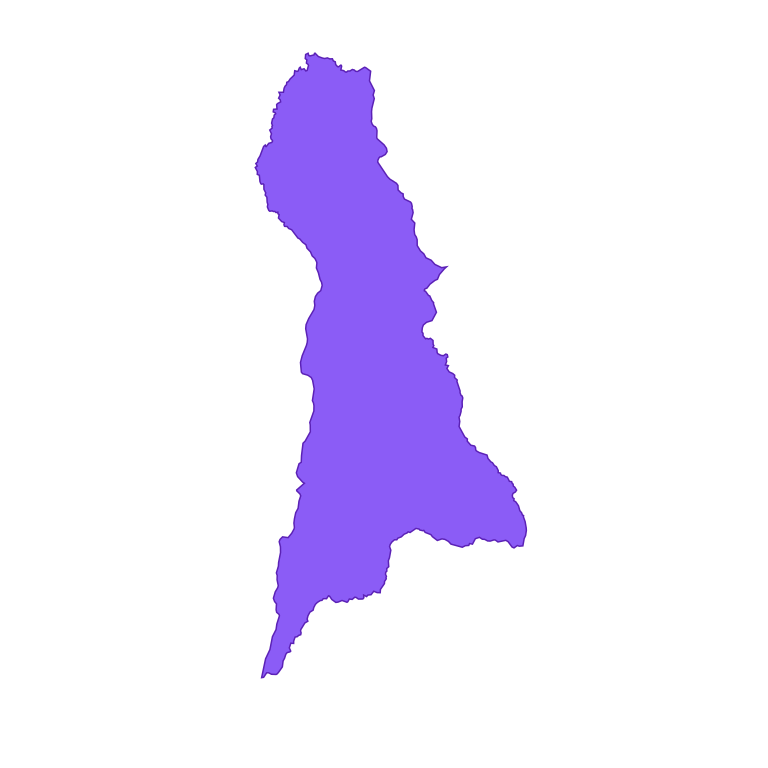 the district of Villa Gómez, Cundinamarca, Colombia, rotated 11°
{"feature_id": "7082276B48238544943063", "entity_name": "Villa Gómez", "entity_type": "district", "adm_level": 2, "iso_a3": "COL", "parent_name": "Colombia", "parent_adm1": "Cundinamarca", "projection": "natural_earth1", "projection_center": [-74.187, 5.267], "detail": "fine", "context": "isolated", "style": "filled", "palette": "violet", "viewbox_px": 768, "rotation_deg": 11, "n_neighbors": 0, "source": "geoboundaries", "source_scale": "gbopen_adm2", "svg_char_len": 6119}
<svg xmlns="http://www.w3.org/2000/svg" viewBox="0 0 768 768"><g transform="rotate(11 384 384)"><path d="M551.2,516.4L551.1,509.0L551.9,505.8L551.7,500.6L551.0,498.0L548.8,492.2L546.2,487.8L546.1,486.5L544.9,486.2L543.6,484.1L541.5,482.4L539.2,477.8L535.8,474.5L533.6,473.7L533.6,471.8L531.9,470.9L531.2,468.6L531.5,466.8L533.6,464.9L534.4,462.9L532.0,460.3L530.5,459.6L529.8,457.6L528.9,457.2L527.9,455.5L525.7,455.6L522.8,451.9L520.8,451.8L519.2,450.9L517.3,451.2L516.0,450.6L515.3,449.2L513.0,449.2L512.7,447.2L510.1,443.8L507.9,443.0L505.5,440.6L503.7,440.0L500.3,437.3L498.7,434.1L490.5,433.1L487.4,432.0L486.6,431.1L485.9,428.8L484.7,427.6L480.9,427.5L476.6,424.2L476.3,422.0L473.4,420.6L465.8,411.4L465.5,406.3L464.0,402.3L464.6,400.4L464.9,396.3L464.5,394.0L465.2,391.5L464.1,386.6L464.0,382.7L463.0,380.9L461.7,380.3L460.3,378.0L460.0,376.3L455.1,367.6L455.1,366.1L452.0,364.2L451.7,361.9L449.5,360.6L445.7,359.7L442.8,356.8L443.7,353.7L440.6,353.6L441.2,349.9L440.1,346.8L441.5,345.3L440.5,343.1L439.0,342.8L436.9,344.9L434.4,345.0L431.1,344.0L430.2,343.1L429.2,339.6L425.0,338.8L425.6,336.7L424.7,335.8L423.8,331.9L420.8,330.3L419.1,331.4L417.4,331.0L416.2,331.7L413.1,329.1L412.6,326.7L411.5,325.9L411.2,324.8L410.9,321.3L411.4,318.5L414.0,315.3L419.0,312.6L421.8,303.6L417.3,295.9L417.2,294.7L415.0,292.9L412.1,288.8L410.8,288.6L407.1,285.1L405.8,284.8L405.7,283.7L406.2,282.6L407.8,281.8L410.1,277.2L414.3,272.5L416.5,271.0L417.5,266.0L421.2,259.5L423.0,257.1L418.4,258.8L411.1,256.9L406.7,253.5L401.1,252.1L398.2,248.6L394.4,246.4L390.2,241.8L389.0,236.0L387.6,233.5L385.6,231.4L384.1,226.9L383.5,220.1L379.4,217.1L379.9,210.3L378.7,207.1L378.0,206.6L377.8,204.3L376.5,201.4L375.3,200.3L368.8,198.6L367.1,196.3L366.5,193.7L364.2,193.1L360.8,190.8L359.8,186.4L357.9,184.6L350.7,181.8L347.8,179.8L335.5,167.4L335.3,165.4L335.9,163.0L336.7,161.8L337.9,161.5L341.5,158.4L342.7,155.3L341.4,152.1L338.4,149.2L330.4,144.5L329.8,143.3L328.8,136.7L327.8,134.5L326.5,133.2L324.4,132.7L322.6,130.9L321.3,128.5L321.4,126.0L319.8,119.0L319.5,115.6L320.0,105.7L318.2,102.4L318.6,97.8L311.9,89.2L311.2,79.5L305.6,76.9L304.4,76.8L298.5,82.2L296.4,82.5L295.1,81.5L292.9,81.3L290.9,83.2L288.7,83.7L287.8,84.9L286.6,85.1L284.7,84.1L281.7,84.0L281.8,80.3L281.3,79.3L280.6,79.3L278.9,81.3L277.8,81.3L275.6,79.6L274.7,77.0L272.6,76.5L271.3,74.6L268.8,75.2L266.2,74.7L263.7,75.8L261.6,75.8L257.1,75.1L253.2,72.4L252.7,72.7L252.5,74.3L248.9,76.0L247.6,76.0L246.4,73.8L244.2,75.5L244.6,79.6L246.4,80.5L246.6,83.8L248.5,84.8L249.1,85.7L248.7,90.9L247.5,91.6L245.4,89.8L242.8,91.2L241.3,89.0L240.6,89.9L240.0,93.1L239.1,93.7L236.6,93.5L236.9,97.9L233.7,102.4L232.5,105.4L231.0,106.4L231.2,108.8L230.1,110.4L229.5,112.7L229.6,116.8L225.2,117.7L226.9,120.1L226.0,123.6L227.9,124.8L228.7,126.8L225.9,129.1L225.3,130.3L226.5,134.5L223.2,135.4L223.3,138.0L225.5,138.5L226.1,139.4L224.9,141.0L225.1,143.7L224.0,145.1L223.9,149.4L225.2,151.5L224.8,152.4L225.4,154.1L223.4,156.5L225.8,159.9L225.5,162.9L226.3,164.9L228.1,166.3L228.2,167.3L227.6,168.4L225.0,169.7L223.1,173.4L222.6,173.4L221.8,172.1L220.5,173.8L218.8,183.8L217.4,187.6L217.5,190.2L216.1,192.0L218.0,194.2L216.3,196.0L219.2,199.6L219.6,202.4L221.8,202.9L223.6,208.9L224.9,210.9L225.6,211.2L227.2,210.6L228.0,211.1L229.0,215.8L231.4,218.9L231.3,221.2L233.4,223.0L234.6,227.8L235.7,229.9L235.7,232.4L237.8,235.6L238.9,236.2L241.2,235.4L242.5,235.8L243.9,235.4L245.3,236.3L247.0,235.6L247.4,237.1L248.7,237.7L248.7,241.2L252.6,244.1L255.4,244.5L255.4,246.8L256.3,248.2L259.0,247.9L260.7,249.5L263.9,250.2L271.7,257.2L273.5,257.6L277.2,260.5L280.8,262.2L282.5,265.4L286.6,268.3L289.1,272.0L292.2,273.9L294.3,276.6L295.0,277.9L295.5,283.0L298.4,287.4L301.3,293.6L303.2,295.9L304.5,299.0L304.1,304.4L301.5,307.5L300.0,311.2L299.8,316.1L301.1,320.1L301.1,324.2L297.6,334.1L296.2,340.6L296.6,344.7L300.3,354.3L300.7,357.8L300.5,360.9L298.3,371.9L297.9,378.8L300.6,388.1L302.1,389.4L307.5,389.9L311.3,391.5L313.2,394.0L316.4,402.1L316.9,414.0L318.4,416.1L319.4,418.7L320.3,423.9L318.5,435.9L319.4,438.2L320.8,445.0L317.5,455.1L315.8,457.6L316.7,470.0L317.7,476.6L315.8,478.5L314.9,487.9L316.9,491.4L322.8,495.8L324.8,496.6L318.5,504.7L318.7,505.5L322.5,508.0L323.6,509.7L322.9,515.2L323.4,522.4L321.9,527.2L321.8,533.4L322.1,537.7L323.4,541.8L323.4,543.4L321.9,548.1L319.2,553.1L313.6,553.4L311.6,556.4L311.2,558.8L313.4,563.5L314.6,569.2L314.6,579.4L315.1,583.0L314.4,590.0L315.7,592.3L316.4,596.6L318.7,602.2L318.5,604.3L316.9,608.8L316.3,615.4L318.1,618.4L320.4,620.3L321.2,626.3L322.2,628.6L324.9,630.2L325.6,631.5L324.6,640.1L324.9,645.6L322.7,653.3L322.7,666.5L320.2,676.3L319.9,695.6L321.8,694.9L323.9,689.9L325.9,689.5L328.9,690.4L333.5,689.7L334.5,688.9L335.6,686.9L338.2,681.1L337.8,675.1L338.7,672.3L339.2,668.0L340.2,666.1L342.8,664.9L343.4,664.0L341.4,661.1L342.0,656.2L344.8,655.9L344.4,653.6L345.0,649.4L347.2,648.5L348.1,647.1L350.1,646.0L350.1,644.1L349.2,642.3L349.2,640.9L351.9,633.7L354.5,631.4L353.4,629.4L353.6,626.0L354.8,622.1L357.6,619.5L357.7,616.9L358.7,613.4L360.2,611.2L362.7,608.8L364.4,608.2L365.4,606.3L368.6,605.7L369.9,602.5L371.1,602.7L373.9,605.5L378.4,607.6L380.6,606.8L384.1,604.5L389.3,605.3L390.0,604.7L391.0,601.7L393.9,601.5L396.0,598.9L397.3,598.8L399.9,600.0L404.2,599.1L405.0,597.7L404.3,595.1L407.5,596.0L408.4,594.3L411.5,593.3L413.5,589.4L417.0,590.1L420.1,589.6L419.7,586.3L422.5,579.9L422.2,577.7L423.4,574.8L422.9,573.7L423.1,572.4L421.8,570.5L421.6,568.5L422.5,567.2L421.9,564.6L423.5,562.4L422.0,556.7L422.5,553.5L422.4,545.8L420.5,542.6L420.7,540.3L421.9,537.6L424.0,534.9L426.3,534.5L427.0,532.7L430.2,530.7L432.4,527.6L435.1,525.8L435.9,524.5L437.9,524.8L442.9,519.7L446.1,519.7L447.0,520.5L450.1,520.6L451.0,520.1L452.7,521.8L458.8,522.9L460.6,524.6L466.2,527.4L470.4,525.0L473.4,524.9L477.3,526.2L480.3,528.4L492.0,529.3L494.7,527.2L498.0,526.3L498.4,524.3L501.4,524.3L503.2,518.4L507.0,516.3L510.1,517.6L512.5,517.3L515.7,518.3L518.3,517.9L521.8,516.0L523.2,516.0L526.0,517.3L533.4,514.2L535.9,515.1L540.8,519.6L542.9,520.1L545.7,517.1L547.7,517.4L551.2,516.4Z" fill="#8b5cf6" stroke="#5b21b6" stroke-width="1.5"/></g></svg>